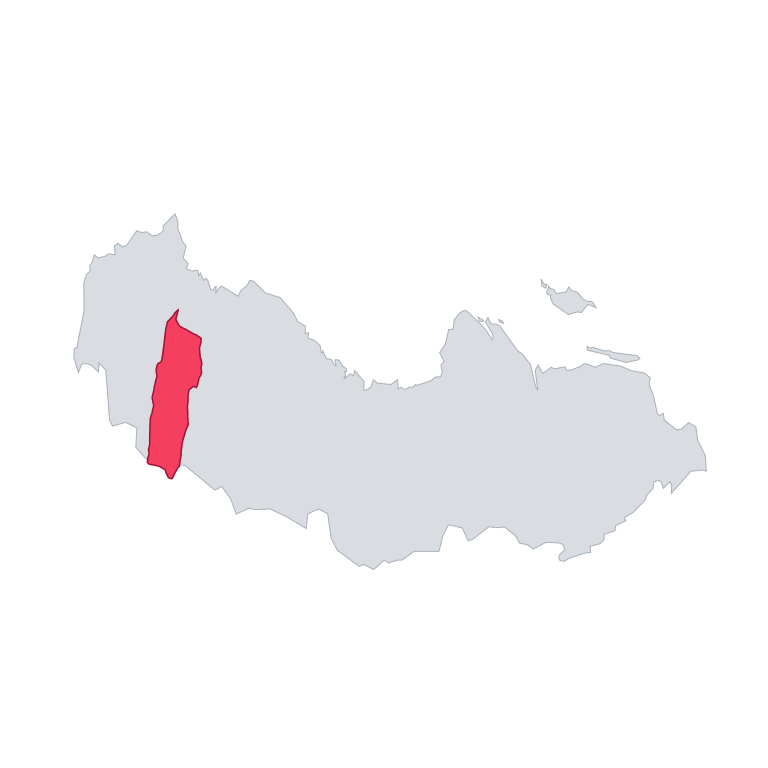 Jokkmokk, Norrbotten, Sweden shown in context, rotated 256°
{"feature_id": "70781695B36834641182296", "entity_name": "Jokkmokk", "entity_type": "district", "adm_level": 2, "iso_a3": "SWE", "parent_name": "Sweden", "parent_adm1": "Norrbotten", "projection": "robinson", "projection_center": [18.54, 66.923], "detail": "fine", "context": "in_parent", "style": "filled", "palette": "rose", "viewbox_px": 768, "rotation_deg": 256, "n_neighbors": 0, "source": "geoboundaries", "source_scale": "gbopen_adm2", "svg_char_len": 6040}
<svg xmlns="http://www.w3.org/2000/svg" viewBox="0 0 768 768"><g transform="rotate(256 384 384)"><path d="M176.6,513.9L179.2,519.5L185.1,518.8L187.7,514.7L191.2,502.6L187.8,489.1L193.2,484.4L196.9,477.0L205.0,474.8L216.1,466.3L217.5,457.7L220.2,451.5L211.9,432.5L211.5,427.7L225.4,425.2L231.8,412.6L222.6,404.5L208.3,396.8L214.4,372.5L208.8,359.3L209.9,353.7L209.3,345.2L213.1,341.7L206.5,329.1L213.9,320.5L212.9,316.0L233.8,298.6L247.3,295.4L271.8,298.0L277.9,291.1L278.3,287.4L276.3,278.6L262.6,273.6L278.2,257.9L290.4,243.2L293.1,229.0L296.1,222.9L293.6,209.1L309.4,207.5L323.7,201.8L322.0,194.3L353.4,171.0L354.5,166.9L352.2,162.9L345.0,155.8L347.2,152.5L355.5,150.6L359.5,147.4L365.9,136.5L382.8,127.9L401.2,133.6L409.3,123.9L408.9,110.4L415.6,109.0L464.9,117.5L473.2,112.5L464.8,109.9L473.1,104.5L475.5,101.1L476.4,97.3L476.0,95.2L469.1,90.2L484.7,89.5L493.1,91.9L493.9,94.9L527.6,110.7L554.3,117.1L562.1,121.6L564.9,126.5L569.1,126.8L574.2,131.4L579.4,134.0L575.3,137.3L575.5,144.7L577.0,148.0L574.5,154.4L583.3,155.9L584.8,159.8L580.3,163.7L580.9,168.0L592.5,181.1L589.7,185.3L589.0,190.7L584.0,194.7L583.3,198.8L584.4,204.0L586.1,206.6L591.1,208.3L599.7,222.4L591.3,223.4L584.8,221.5L569.9,223.2L566.2,225.3L554.7,219.7L548.1,222.9L543.7,220.1L540.2,224.7L539.3,231.0L533.9,230.4L536.0,232.8L528.7,233.7L528.2,234.6L529.8,236.2L527.6,238.1L517.5,238.8L516.2,240.8L519.1,243.3L519.1,244.8L512.6,242.5L517.1,247.0L518.1,250.4L504.4,263.8L509.0,267.4L512.9,275.2L517.0,278.7L515.3,282.3L501.0,291.0L492.9,304.3L474.9,313.2L465.4,315.4L459.2,321.7L452.0,319.8L451.8,323.4L447.2,321.1L443.4,326.7L436.8,331.4L429.7,330.6L428.9,331.4L431.1,332.8L422.8,334.0L420.3,339.0L414.2,340.3L413.2,341.8L419.4,342.2L418.1,346.2L411.0,348.2L408.4,350.8L405.3,350.7L405.9,348.7L401.3,348.8L399.8,346.6L398.9,347.1L402.0,353.7L399.6,356.4L404.0,358.9L391.1,365.3L383.3,362.9L382.3,364.8L383.9,370.3L390.6,374.7L386.5,377.6L381.9,390.5L384.9,398.3L375.9,396.6L376.6,399.6L373.7,403.0L374.8,408.1L373.8,411.4L375.9,414.4L374.7,415.8L375.8,429.9L378.3,435.9L377.3,440.7L381.0,443.3L388.8,443.9L391.1,447.8L401.0,445.5L407.9,453.3L421.2,460.0L420.5,464.3L429.0,467.5L433.9,473.5L435.9,478.6L435.2,481.7L421.9,490.3L411.7,496.0L401.0,499.5L401.6,500.8L406.8,501.4L419.6,497.3L423.3,500.9L416.3,502.5L414.9,507.5L411.9,510.6L383.6,521.8L379.8,525.3L367.2,530.9L344.5,530.5L341.0,531.7L360.6,534.0L365.2,538.1L355.9,540.7L359.8,550.5L357.4,552.9L357.0,563.8L353.7,564.0L352.2,568.5L353.7,579.4L355.3,582.4L354.5,585.5L349.1,592.9L350.8,601.7L344.3,617.7L337.2,627.0L331.6,639.4L325.6,643.8L318.7,641.0L308.1,642.6L289.1,642.1L286.7,643.3L288.0,647.9L281.1,647.2L268.8,656.8L268.2,661.4L272.9,670.4L266.8,676.2L253.9,674.8L236.7,678.5L221.4,675.6L223.5,672.5L225.1,660.6L208.5,636.4L216.6,638.8L220.0,637.6L215.2,629.7L222.2,629.1L224.5,626.3L223.4,621.8L217.7,619.8L213.0,612.6L207.9,608.9L199.1,594.6L196.2,584.8L192.9,585.7L190.6,574.4L185.7,572.7L185.1,561.3L179.9,560.1L176.7,554.8L176.6,544.9L170.4,543.6L171.4,538.9L170.1,521.5L168.3,516.0L170.2,512.0L173.6,511.6L176.6,513.9ZM439.1,567.4L436.3,568.5L434.6,571.6L430.1,573.2L429.3,583.2L433.4,586.9L429.1,588.6L426.2,593.9L418.4,597.4L415.3,600.8L413.7,605.7L406.9,608.3L411.8,601.0L405.5,592.6L407.2,589.6L406.7,579.9L420.5,567.7L426.9,566.2L429.8,567.5L431.0,564.6L433.0,563.9L439.1,567.4ZM350.3,636.4L346.9,638.5L345.9,635.5L346.4,623.9L354.2,610.2L357.6,609.1L367.1,590.5L368.2,589.3L371.3,590.4L369.0,592.2L369.1,595.4L363.1,605.4L361.4,611.8L359.3,613.4L350.3,636.4ZM441.9,563.6L441.2,566.3L437.8,564.1L441.1,560.9L447.9,561.8L441.9,563.6ZM426.0,491.6L421.6,496.0L420.8,494.2L421.7,492.0L426.0,491.6ZM416.4,514.2L414.1,514.5L415.8,511.5L418.8,510.8L416.4,514.2Z" fill="#d9dde1" stroke="#a8b0b8" stroke-width="1"/><path d="M435.6,207.1L436.4,207.9L438.3,209.3L439.5,209.8L440.2,210.0L442.0,210.2L444.2,210.4L445.7,210.9L447.0,212.0L449.2,212.3L451.5,212.4L452.8,212.4L454.4,212.0L455.3,212.3L456.5,212.5L458.1,212.6L459.7,213.1L461.4,213.2L463.4,213.6L464.6,214.3L466.5,215.2L467.7,216.0L468.4,216.5L469.9,216.8L472.6,217.6L474.0,216.4L476.6,214.1L477.3,213.4L478.4,211.7L482.0,208.0L485.6,204.2L487.0,202.4L488.3,201.1L489.5,199.6L491.3,199.0L492.8,198.7L494.3,198.3L495.3,198.1L497.0,197.7L498.1,198.1L499.0,198.8L500.8,199.6L501.9,200.4L503.7,201.1L504.9,202.0L505.7,202.2L505.0,200.7L503.6,198.4L500.8,195.5L499.4,192.9L497.7,190.6L496.9,189.0L494.1,187.7L491.7,186.3L489.2,185.2L484.6,183.4L477.8,180.9L471.9,178.6L467.5,176.9L463.2,175.1L460.8,174.0L459.5,173.0L458.9,171.7L458.9,170.9L458.7,169.9L457.4,168.6L455.7,167.7L453.4,166.5L451.7,166.1L449.8,165.9L447.4,165.7L445.8,165.3L444.5,164.5L442.7,163.4L440.6,162.4L439.1,161.6L437.2,160.6L435.1,159.8L431.9,158.3L429.7,157.0L428.1,156.2L426.8,155.8L425.8,155.6L423.8,155.5L421.6,155.4L418.9,155.3L418.2,155.1L416.8,154.3L414.1,152.8L411.9,152.0L410.9,151.1L409.0,150.0L407.3,149.0L405.4,148.4L403.5,147.9L402.0,147.4L399.8,146.7L395.5,145.6L389.7,143.9L386.7,143.2L385.6,142.9L384.0,142.5L382.1,142.0L380.4,141.1L379.0,140.5L377.7,139.7L376.7,139.5L374.6,139.4L372.5,138.9L370.9,137.8L369.1,136.8L367.2,136.2L366.3,135.9L365.4,135.3L365.2,135.4L364.6,135.7L363.8,136.2L363.1,136.6L362.4,137.9L361.6,139.9L360.5,142.3L359.4,144.3L357.9,146.7L356.1,148.5L355.2,149.4L354.5,150.1L353.9,150.7L353.1,151.0L351.7,151.0L350.3,151.0L349.3,151.3L348.6,151.5L347.7,151.6L346.5,151.8L345.8,151.9L345.3,152.2L344.7,152.9L344.4,153.5L343.6,154.5L343.6,155.8L344.3,156.4L346.2,157.9L348.5,159.8L350.2,161.5L351.5,162.7L352.6,163.6L353.2,164.5L353.6,165.5L354.0,165.6L357.4,167.0L360.7,168.4L363.9,169.9L368.1,171.0L370.6,172.1L373.5,173.1L375.4,173.9L378.8,175.6L382.4,177.8L386.8,180.4L389.3,182.3L390.8,183.2L391.6,184.2L392.6,184.5L394.9,184.6L396.7,185.2L400.4,185.7L403.4,186.6L409.4,187.7L414.7,189.7L417.9,190.5L420.1,191.1L422.6,192.1L424.8,193.0L426.2,194.6L426.7,196.4L427.4,197.2L427.7,198.5L426.9,200.0L426.0,200.9L426.8,201.9L428.4,203.0L430.6,204.0L434.9,206.3L435.6,207.1Z" fill="#f43f5e" stroke="#9f1239" stroke-width="1.5"/></g></svg>